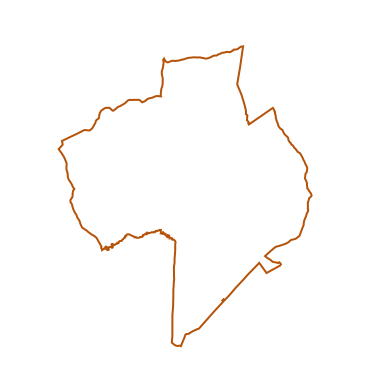 outline of Madarjac, Iasi, Romania, rotated 332°
{"feature_id": "2599482B56251778080144", "entity_name": "Madarjac", "entity_type": "district", "adm_level": 2, "iso_a3": "ROU", "parent_name": "Romania", "parent_adm1": "Iasi", "projection": "orthographic", "projection_center": [27.286, 47.051], "detail": "fine", "context": "isolated", "style": "outline", "palette": "amber", "viewbox_px": 384, "rotation_deg": 332, "n_neighbors": 0, "source": "geoboundaries", "source_scale": "gbopen_adm2", "svg_char_len": 5910}
<svg xmlns="http://www.w3.org/2000/svg" viewBox="0 0 384 384"><g transform="rotate(332 192 192)"><path d="M305.3,87.6L305.0,87.6L304.4,86.9L303.9,86.7L301.2,86.8L300.3,87.2L298.6,87.1L296.6,86.4L295.6,85.8L294.6,86.3L291.2,86.4L289.8,85.5L288.9,84.8L287.7,84.4L285.6,84.0L284.3,83.3L282.1,83.1L281.1,83.2L279.8,82.8L278.8,83.0L277.6,83.0L275.9,82.0L273.7,81.7L272.9,81.8L269.6,81.6L267.0,80.8L266.7,80.7L265.5,79.6L262.2,76.9L261.4,76.4L260.1,75.9L256.8,73.9L251.3,71.7L246.3,70.8L245.5,70.4L244.4,70.3L242.1,69.7L238.6,68.4L236.5,67.0L235.6,66.7L232.7,66.4L231.5,66.2L230.7,65.5L230.2,64.6L229.8,61.5L229.9,61.1L229.3,61.3L228.8,61.6L228.2,62.7L228.0,63.9L226.9,65.6L224.3,69.0L222.3,70.9L221.5,72.1L220.5,74.2L220.1,75.6L219.7,77.4L219.3,78.4L218.7,79.3L217.7,81.2L216.9,82.7L215.3,84.8L213.8,86.1L212.9,87.1L212.0,88.6L211.5,89.2L210.6,90.5L209.6,92.4L209.5,93.0L208.5,92.4L207.2,91.4L206.6,91.0L204.4,90.3L201.1,90.1L198.6,89.3L196.8,89.0L195.0,89.2L193.3,89.7L190.2,89.5L189.9,89.0L189.2,86.8L188.9,86.3L188.3,85.7L184.1,83.4L182.2,82.6L180.3,81.4L179.1,81.0L178.4,81.1L174.4,82.2L169.4,82.4L166.1,82.2L164.3,82.7L160.7,83.3L160.2,82.9L159.6,81.7L159.2,80.3L158.6,78.9L156.4,77.7L154.8,77.1L152.8,77.1L152.4,77.4L150.7,77.4L148.7,78.3L147.8,78.9L145.8,81.1L145.4,81.9L144.3,83.1L143.8,83.3L141.6,83.6L141.0,83.8L140.4,84.2L139.5,85.3L135.9,87.7L133.7,89.0L130.6,89.6L129.6,89.1L126.6,87.0L125.4,86.7L117.5,86.6L112.2,86.3L101.1,85.9L100.5,88.3L99.9,89.6L94.4,91.5L95.1,96.7L95.4,100.4L95.4,101.3L95.0,106.0L94.8,107.5L94.6,108.2L92.0,112.5L91.5,114.2L91.1,116.6L89.4,120.6L89.0,122.8L89.4,128.0L89.4,129.2L89.2,131.7L89.4,132.7L89.5,134.1L88.1,134.7L87.0,135.8L86.1,137.0L84.8,139.3L83.6,140.6L81.2,141.8L80.4,142.8L79.9,144.2L80.2,144.9L80.2,145.5L80.0,147.5L79.6,148.6L79.1,151.6L78.9,155.0L79.2,158.3L78.9,159.7L78.8,161.2L79.0,162.7L79.1,164.3L78.9,166.1L78.5,167.5L78.3,171.9L81.0,176.8L81.7,178.9L83.6,182.7L85.1,184.9L85.8,186.7L86.2,188.0L86.4,197.9L85.8,198.3L85.5,198.8L85.5,199.2L85.8,200.0L85.7,200.5L85.4,201.0L87.3,201.0L88.2,200.5L88.7,200.6L89.0,201.2L89.7,199.9L90.3,199.7L90.9,200.4L91.1,200.8L91.1,202.7L90.1,202.9L90.0,203.2L90.1,203.6L90.8,203.8L91.5,203.8L91.9,202.3L92.5,201.9L93.1,201.8L94.0,202.1L94.6,202.6L95.2,203.8L95.7,203.8L96.3,203.4L96.5,202.4L96.1,200.8L96.5,200.5L97.1,200.3L97.9,201.2L98.3,202.2L99.0,202.4L100.5,202.2L101.2,202.5L101.7,202.0L102.3,201.7L103.1,202.6L104.4,201.6L104.9,201.4L105.8,201.6L106.9,202.2L108.3,201.3L109.3,201.3L110.8,200.5L111.7,200.8L112.0,199.9L112.3,199.6L112.6,199.4L113.4,199.7L113.5,199.3L114.5,199.1L115.1,199.1L115.6,199.2L116.5,199.8L117.9,201.6L118.2,202.2L119.7,203.9L120.0,205.1L120.6,205.1L121.1,205.3L121.3,205.5L121.4,206.3L122.5,206.8L123.4,207.4L124.1,207.6L125.2,207.4L126.3,208.1L126.7,208.2L127.4,208.1L128.2,207.8L128.1,207.2L128.3,207.0L128.6,207.0L129.4,207.4L130.1,207.1L130.8,207.2L131.4,207.0L131.6,207.2L132.1,208.1L132.3,208.1L132.7,207.2L133.0,206.8L133.3,206.7L133.6,206.9L134.2,207.9L134.6,208.1L136.1,208.5L137.8,208.7L138.5,209.4L139.5,209.3L140.3,210.1L141.7,209.4L142.4,209.7L142.7,210.2L143.9,210.1L144.7,210.3L145.4,210.2L145.9,210.4L146.7,210.9L145.8,212.2L145.7,213.0L145.7,213.3L145.0,213.9L146.1,214.9L147.2,213.8L147.5,213.8L147.7,214.1L147.7,214.6L147.9,214.9L147.6,216.0L148.2,216.4L148.5,216.3L148.9,216.5L148.3,217.4L148.2,217.9L148.5,218.3L149.1,218.7L150.0,218.5L150.4,218.6L150.6,218.9L150.5,219.2L150.0,219.8L149.2,219.9L149.0,220.2L149.2,220.5L150.2,220.7L150.9,219.5L151.3,219.6L151.4,219.8L150.4,222.4L151.6,222.7L152.6,223.4L152.8,223.7L152.7,224.0L152.5,224.4L152.1,224.5L152.2,224.8L153.0,225.2L153.7,225.7L153.8,226.6L154.1,227.0L154.0,228.5L152.5,230.5L149.6,236.0L145.0,243.2L143.7,245.7L143.0,246.9L141.3,249.0L139.8,251.6L138.6,254.1L136.9,257.3L135.0,261.2L133.4,263.3L131.7,266.4L129.8,269.3L126.9,274.7L121.5,284.3L116.9,291.5L106.8,310.4L105.3,312.6L103.5,315.5L104.6,318.4L105.2,319.4L105.7,320.1L107.1,321.3L108.9,321.8L109.3,322.1L109.8,322.9L117.4,316.6L119.1,315.0L120.4,314.8L122.1,315.5L123.0,315.7L123.7,315.6L123.9,315.4L128.7,315.3L130.2,315.5L132.1,315.5L134.0,315.9L154.5,308.2L168.5,303.3L167.9,302.0L169.6,301.5L170.0,302.8L176.5,300.7L185.8,297.0L195.4,293.8L203.3,290.9L218.1,286.2L219.8,298.5L235.2,298.3L236.5,297.7L236.6,296.5L235.9,294.9L234.6,295.1L233.4,293.9L230.8,291.9L230.1,290.7L229.6,289.1L227.2,285.0L226.4,282.9L232.9,281.2L239.0,279.9L240.7,279.8L243.5,280.5L247.9,281.3L251.4,281.7L253.7,281.6L256.5,280.9L257.2,280.9L260.6,281.8L261.9,281.9L265.6,281.4L266.4,281.1L275.4,273.2L275.5,272.8L276.0,272.0L277.5,270.1L279.3,268.5L280.8,267.4L283.6,264.6L285.3,263.6L286.6,261.5L286.5,261.0L286.5,260.7L287.9,258.8L288.1,257.9L289.6,255.5L290.7,254.5L292.5,252.5L295.2,251.8L295.6,251.6L296.1,250.9L296.3,248.5L296.0,247.2L295.7,243.5L295.5,243.2L295.6,242.7L295.8,242.5L296.6,240.2L297.7,238.0L298.1,235.2L298.0,234.1L298.1,233.3L298.3,232.8L300.7,229.3L302.2,228.6L302.8,228.1L303.4,227.1L304.3,226.2L304.8,225.3L305.3,224.1L305.2,222.8L305.3,220.4L305.6,217.4L305.5,216.0L305.7,214.1L305.7,209.5L305.4,208.1L304.1,206.1L304.0,205.6L304.1,205.0L303.5,202.0L303.1,201.0L303.0,198.5L302.7,197.9L302.1,197.0L302.0,196.4L302.2,195.4L302.1,195.0L301.8,194.5L301.7,193.9L301.7,193.2L301.5,192.4L301.5,191.6L301.9,190.4L302.1,190.0L302.3,189.3L302.1,188.3L300.7,184.0L300.9,180.8L301.0,179.8L299.7,177.2L299.4,175.6L299.4,174.8L299.3,174.1L299.6,173.2L299.9,171.3L300.2,168.4L300.7,166.8L300.7,166.1L300.9,165.5L301.5,164.6L301.7,164.0L301.9,163.4L301.9,162.1L302.4,161.4L302.5,160.2L302.7,159.5L302.9,159.6L303.0,156.3L302.9,155.7L302.0,155.8L273.9,159.1L273.8,157.9L274.7,157.2L274.8,156.9L274.5,155.8L274.3,154.4L274.5,154.2L274.8,153.4L275.3,152.9L276.2,151.1L276.9,150.4L276.7,149.5L276.2,148.5L277.7,145.9L278.9,141.4L279.8,137.4L281.4,128.9L282.3,119.5L282.6,117.9L293.2,104.2L305.3,87.6Z" fill="none" stroke="#b45309" stroke-width="2"/></g></svg>